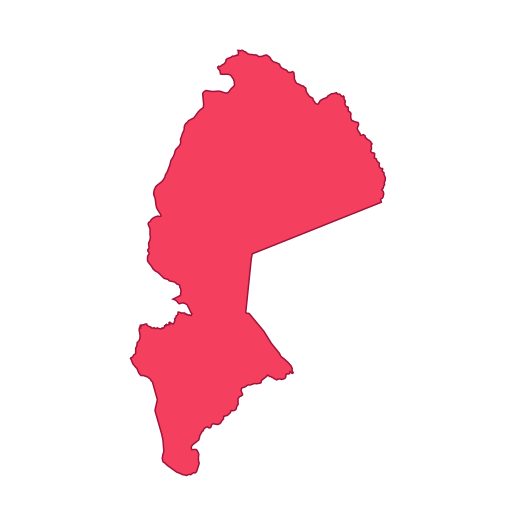 Pontes e Lacerda, Mato Grosso, Brazil, rotated 171°
{"feature_id": "56859067B31933102266725", "entity_name": "Pontes e Lacerda", "entity_type": "district", "adm_level": 2, "iso_a3": "BRA", "parent_name": "Brazil", "parent_adm1": "Mato Grosso", "projection": "mercator", "projection_center": [-59.418, -15.43], "detail": "fine", "context": "isolated", "style": "filled", "palette": "rose", "viewbox_px": 512, "rotation_deg": 171, "n_neighbors": 0, "source": "geoboundaries", "source_scale": "gbopen_adm2", "svg_char_len": 6118}
<svg xmlns="http://www.w3.org/2000/svg" viewBox="0 0 512 512"><g transform="rotate(171 256 256)"><path d="M271.3,129.8L270.7,130.4L270.5,131.3L269.9,132.3L264.3,135.5L263.3,136.6L261.3,134.9L259.8,134.2L258.9,133.4L258.1,133.2L257.5,132.2L255.0,130.4L253.5,130.9L252.0,131.0L250.0,130.0L247.6,130.3L246.5,130.7L245.6,131.7L244.9,134.1L244.2,134.7L242.0,134.3L240.8,135.3L240.6,136.3L238.7,134.4L237.9,134.5L237.5,135.2L238.0,136.0L238.3,137.4L237.8,139.3L238.6,142.1L241.1,146.0L244.3,150.0L246.8,152.5L247.4,153.7L248.1,156.2L254.4,167.1L260.0,180.4L271.6,200.0L272.2,200.5L274.0,200.9L275.0,201.7L261.2,253.6L259.4,258.7L123.8,289.5L123.8,290.4L124.2,292.0L123.6,292.9L122.3,293.3L121.4,294.2L120.1,297.4L120.2,299.5L121.3,302.0L119.7,303.2L118.8,305.4L117.9,306.1L117.7,309.0L117.1,309.5L116.5,310.7L116.0,312.9L116.8,316.4L116.6,318.3L118.1,320.0L117.8,321.1L117.2,321.9L117.4,322.7L118.5,322.8L119.4,323.3L120.2,324.8L120.3,325.8L119.6,328.4L121.3,330.2L122.0,332.0L121.9,333.0L123.9,334.5L123.4,335.4L122.8,338.6L123.5,339.4L125.1,339.6L126.4,341.3L126.1,342.4L125.3,343.3L124.9,345.5L125.1,346.6L124.8,347.5L124.1,348.1L123.9,349.0L124.5,349.5L124.7,350.7L126.4,352.8L127.9,353.8L128.3,354.8L129.6,356.1L129.4,357.5L130.0,358.2L130.8,359.0L132.2,358.9L133.2,358.6L134.1,359.2L134.0,360.4L136.0,364.9L136.0,366.0L135.3,367.9L134.4,368.8L134.1,369.9L134.0,371.2L134.5,372.0L137.3,373.1L139.0,374.3L139.9,374.5L140.6,376.2L140.8,378.2L139.9,382.1L140.9,383.7L142.2,384.7L141.7,388.3L142.1,389.0L142.8,389.0L144.1,390.2L144.4,393.4L143.7,394.0L143.5,395.0L144.5,397.2L144.1,399.3L144.7,400.4L145.7,399.9L146.4,400.3L147.6,402.4L148.4,402.9L150.1,403.0L150.9,404.7L154.2,404.3L156.1,404.4L160.0,402.8L160.6,402.0L161.3,401.6L163.3,400.9L164.3,400.9L167.7,399.7L168.5,399.2L170.9,396.2L172.8,396.9L173.5,397.6L173.9,398.8L175.1,400.9L175.2,402.9L178.4,405.5L180.5,410.0L180.7,412.5L180.5,413.6L180.8,414.4L181.6,414.8L182.5,416.4L184.3,417.0L185.6,418.2L188.7,420.1L189.4,421.1L190.4,424.7L190.0,427.0L190.1,429.5L189.8,430.3L190.2,431.6L191.0,432.4L192.6,432.0L194.9,432.2L195.8,432.9L196.4,434.3L197.3,435.1L200.6,437.1L201.9,438.7L202.4,439.7L202.8,441.8L206.1,444.0L208.3,444.9L210.2,447.3L211.1,449.9L214.0,452.9L216.4,452.8L219.2,452.2L222.3,452.6L223.6,454.1L224.7,454.7L226.6,454.9L229.4,455.9L230.6,456.0L232.6,457.1L234.5,459.3L235.6,459.7L236.9,461.1L238.0,461.4L239.0,461.1L240.9,461.8L241.8,461.9L241.2,460.2L241.8,459.5L241.7,458.6L242.6,457.1L243.7,457.4L246.0,456.8L248.1,457.1L249.2,456.3L253.5,455.4L254.7,454.7L255.6,452.5L257.3,450.8L259.8,449.9L261.5,448.9L262.3,448.8L263.1,449.3L264.2,448.7L264.4,447.8L262.7,444.8L262.6,441.3L261.0,440.7L255.7,440.0L253.4,439.0L252.6,438.3L250.8,434.6L250.2,431.9L250.5,428.2L250.9,427.5L254.7,424.9L256.9,422.6L258.7,421.6L259.7,421.6L261.2,422.0L265.2,424.1L267.0,424.7L271.9,425.1L274.6,425.6L279.4,427.3L281.4,426.6L283.0,425.2L283.3,424.3L284.0,414.1L284.7,411.3L285.3,410.5L287.8,409.4L290.5,407.4L295.6,402.2L301.0,400.4L301.9,399.9L303.0,398.7L304.7,397.8L305.3,397.1L306.6,395.0L307.2,392.1L307.7,391.1L309.6,388.4L310.5,386.3L312.3,383.3L312.6,380.1L313.2,378.4L314.8,376.6L318.4,373.8L319.4,372.5L320.7,369.4L322.0,367.2L325.1,363.7L326.8,359.4L330.6,352.8L332.7,350.4L333.7,348.0L335.8,345.6L337.4,344.2L343.5,340.8L344.3,340.0L346.2,337.1L347.2,334.4L347.4,332.4L346.6,328.8L346.8,322.5L346.7,319.9L346.2,317.8L343.5,311.4L343.7,310.3L344.7,310.1L346.9,310.8L350.9,310.0L353.8,308.3L355.1,306.6L356.8,305.9L357.4,305.0L357.5,303.9L356.4,299.4L357.4,293.4L357.3,291.4L358.4,288.0L360.0,285.7L360.3,283.9L360.2,281.9L360.4,280.6L362.0,279.0L362.1,277.9L361.2,275.9L361.2,274.8L363.1,272.8L363.9,268.6L363.6,267.1L362.9,266.5L362.8,265.5L361.2,263.1L359.8,259.6L359.2,258.6L357.9,257.1L355.2,254.9L350.6,248.7L349.9,248.1L346.7,246.7L345.5,245.0L340.5,243.1L338.3,240.5L336.8,240.0L336.0,238.5L336.2,237.3L335.5,235.3L335.6,233.1L336.5,230.2L336.7,228.9L344.8,226.4L342.4,225.0L341.2,223.6L339.9,221.4L339.3,220.8L336.9,221.2L335.4,221.0L333.9,220.4L331.7,218.8L329.5,212.1L329.5,211.2L328.3,209.2L328.9,208.6L329.0,207.8L329.6,207.3L331.1,208.3L331.9,207.9L333.5,209.5L334.1,209.1L334.9,209.8L335.2,210.8L337.9,211.3L338.7,211.1L339.4,211.9L341.1,212.7L341.8,212.7L342.4,210.3L343.1,209.7L344.2,209.4L344.4,208.4L346.2,206.7L346.0,205.4L347.7,202.4L348.6,201.8L350.1,202.7L350.8,203.6L351.9,204.1L352.6,203.4L352.0,202.7L352.0,201.8L354.6,201.8L355.2,202.5L356.0,202.1L356.0,201.1L357.2,201.4L357.5,200.4L358.8,199.2L360.0,199.7L360.3,199.0L361.1,198.8L364.0,199.8L364.6,200.5L365.3,200.1L366.1,200.3L367.2,200.2L367.9,201.2L369.7,200.9L370.5,201.3L370.8,202.1L373.8,203.8L374.5,204.8L374.6,205.9L375.8,206.1L377.7,205.7L380.9,205.7L380.7,204.6L381.6,204.7L381.8,203.7L381.4,203.0L382.5,203.0L383.0,201.2L382.9,195.5L383.7,192.4L384.9,190.5L386.9,189.1L387.8,185.7L389.2,183.9L390.1,178.8L390.6,178.2L392.1,177.5L393.9,175.4L395.6,175.0L396.0,174.4L395.4,173.1L394.6,169.0L392.0,164.5L391.2,163.6L390.1,159.0L389.0,156.8L388.3,155.9L386.1,155.6L382.2,153.6L379.7,151.1L379.3,149.6L378.0,147.8L375.9,129.5L379.8,119.8L379.9,118.5L377.0,94.7L376.7,89.2L377.6,77.3L378.9,74.8L380.2,71.1L380.2,68.2L379.9,67.2L378.5,65.9L376.1,62.8L368.1,54.9L365.1,53.2L362.6,51.5L360.1,50.7L359.1,50.1L356.2,50.8L354.7,50.2L351.8,51.7L351.0,51.7L350.3,51.2L349.1,51.7L348.2,52.7L344.8,59.5L344.5,60.7L344.8,62.4L344.5,65.4L343.5,69.3L344.4,72.7L345.1,74.0L346.2,74.5L349.8,74.8L350.0,76.6L349.5,77.9L348.3,79.3L341.3,83.3L340.0,86.1L339.9,87.0L337.0,90.7L336.4,91.3L335.5,91.6L335.0,92.7L333.8,93.9L331.9,94.7L330.5,94.9L329.6,93.7L328.9,93.4L327.9,93.6L327.2,94.2L326.5,96.0L324.8,97.1L320.5,95.6L318.7,95.8L316.7,96.9L316.2,98.0L313.6,100.2L313.0,102.7L311.7,102.7L310.8,103.1L309.8,102.9L308.7,103.3L305.7,105.4L305.4,106.3L304.8,107.1L302.4,106.7L300.3,107.3L299.6,107.9L298.4,110.7L296.8,112.3L296.2,117.5L295.8,118.2L294.1,119.7L291.8,120.3L291.0,120.9L290.9,121.7L291.5,123.7L291.7,126.0L290.6,128.0L288.6,128.1L286.4,128.7L285.5,129.4L283.8,129.9L281.9,129.5L277.7,130.3L275.2,129.7L271.3,129.8Z" fill="#f43f5e" stroke="#9f1239" stroke-width="1.5"/></g></svg>